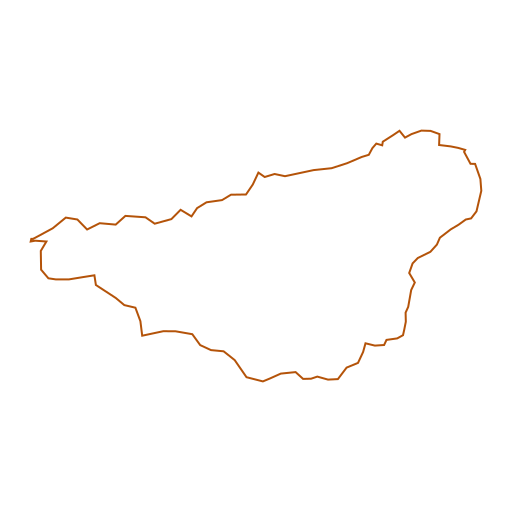 Mandria Lemesou, Limassol, Cyprus (orthographic projection)
{"feature_id": "46923920B25695470611853", "entity_name": "Mandria Lemesou", "entity_type": "district", "adm_level": 2, "iso_a3": "CYP", "parent_name": "Cyprus", "parent_adm1": "Limassol", "projection": "orthographic", "projection_center": [32.836, 34.866], "detail": "fine", "context": "isolated", "style": "outline", "palette": "amber", "viewbox_px": 512, "rotation_deg": 0, "n_neighbors": 0, "source": "geoboundaries", "source_scale": "gbopen_adm2", "svg_char_len": 1451}
<svg xmlns="http://www.w3.org/2000/svg" viewBox="0 0 512 512"><path d="M465.2,149.9L458.2,147.9L450.7,146.4L439.1,145.0L439.5,134.1L430.6,130.9L421.4,130.6L411.5,134.1L405.0,137.6L399.5,130.8L393.0,135.2L382.8,141.7L382.2,145.3L376.3,143.6L372.4,148.1L368.8,154.8L361.6,157.0L347.1,163.2L331.6,168.2L313.6,170.1L285.0,176.2L274.6,174.0L264.7,177.0L258.4,172.6L252.8,184.5L246.0,194.5L231.0,194.7L222.0,200.1L206.5,202.3L197.1,208.1L191.5,216.4L180.6,209.8L171.4,219.1L154.7,223.7L145.5,217.3L125.4,215.9L115.7,224.6L99.7,223.2L87.1,229.5L77.4,219.5L65.8,217.6L52.7,228.3L33.8,238.5L33.9,238.2L33.2,238.9L31.3,238.9L30.7,241.5L35.2,240.7L46.4,241.5L40.8,250.9L41.1,269.7L48.4,278.3L55.8,279.4L68.9,279.4L83.0,277.1L94.4,275.3L95.9,285.0L115.8,298.0L124.3,305.1L135.4,307.7L140.4,321.2L142.2,335.7L163.3,331.2L175.6,331.3L192.3,334.2L200.2,345.1L211.0,350.1L223.6,351.3L234.7,360.1L246.5,377.2L262.9,381.4L269.9,378.5L280.8,373.6L295.6,372.1L303.1,378.9L311.1,378.7L317.3,376.6L328.0,379.6L337.9,379.1L346.6,367.6L358.0,362.9L363.1,352.0L365.5,343.3L374.9,345.6L384.1,345.0L386.5,339.9L397.2,338.4L403.0,335.2L404.3,329.4L405.8,321.8L405.8,320.8L405.6,312.6L408.2,306.9L411.2,290.0L414.8,282.5L409.2,273.0L412.6,263.4L417.8,258.0L430.4,251.8L436.9,244.6L439.9,237.7L450.7,229.4L458.6,224.7L465.8,219.5L471.1,218.4L476.5,211.3L481.3,190.8L480.4,179.0L475.1,163.9L470.5,163.8L464.1,151.9L465.2,149.9Z" fill="none" stroke="#b45309" stroke-width="2"/></svg>